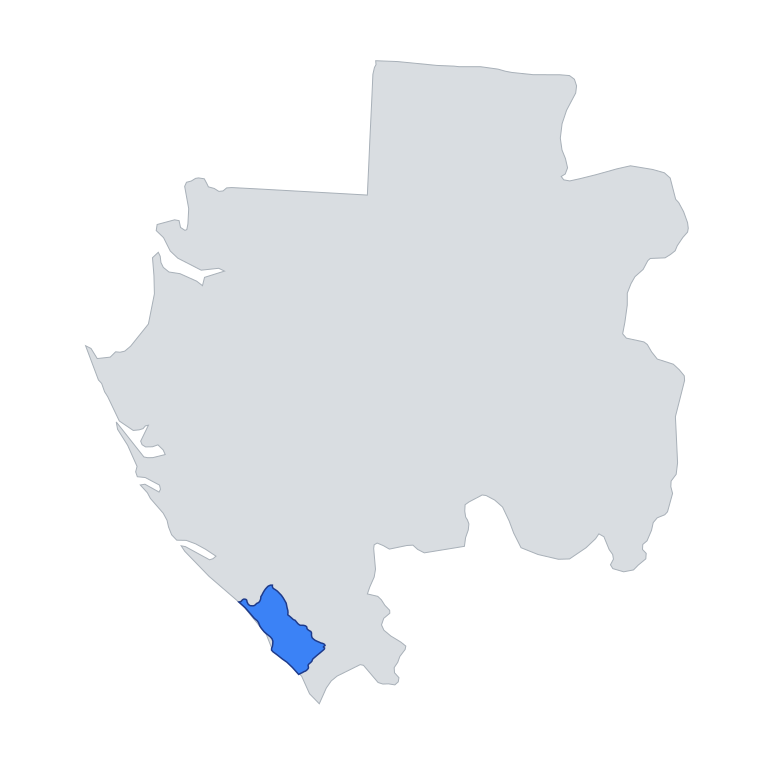 Basse-Banio, Nyanga, Gabon (highlighted), rotated 3°
{"feature_id": "22940354B35468012310479", "entity_name": "Basse-Banio", "entity_type": "district", "adm_level": 2, "iso_a3": "GAB", "parent_name": "Gabon", "parent_adm1": "Nyanga", "projection": "orthographic", "projection_center": [10.764, -3.223], "detail": "fine", "context": "in_parent", "style": "filled", "palette": "blue", "viewbox_px": 768, "rotation_deg": 3, "n_neighbors": 0, "source": "geoboundaries", "source_scale": "gbopen_adm2", "svg_char_len": 5031}
<svg xmlns="http://www.w3.org/2000/svg" viewBox="0 0 768 768"><g transform="rotate(3 384 384)"><path d="M560.7,76.2L560.2,83.4L552.0,101.1L548.2,114.8L547.2,129.3L549.5,141.0L553.4,149.4L556.0,158.5L554.0,164.8L550.1,167.5L552.8,170.7L558.8,171.5L569.0,168.7L584.7,163.9L605.2,157.0L618.7,153.2L641.0,155.7L652.9,158.4L659.0,163.3L665.6,184.3L668.8,187.4L674.2,196.3L678.7,207.0L679.7,212.5L679.2,216.4L674.7,222.1L669.6,230.6L667.8,235.7L663.5,239.5L658.1,243.3L643.3,244.7L641.0,247.0L636.8,256.0L629.0,263.7L625.4,270.9L622.2,280.5L622.8,292.5L621.3,309.8L619.7,321.4L623.6,325.5L641.4,328.4L644.9,330.8L649.6,338.0L655.6,344.8L671.9,349.1L678.2,354.4L683.4,360.1L684.0,364.7L680.3,383.4L676.7,401.4L678.1,415.1L679.4,428.2L681.3,447.3L680.5,458.9L675.8,465.9L675.8,471.5L677.9,478.2L673.8,496.8L671.2,499.9L663.9,503.3L660.1,508.3L658.8,516.1L654.9,526.8L650.8,530.7L650.8,535.7L654.7,539.4L654.6,544.9L647.4,551.5L642.9,556.6L633.2,559.0L622.2,556.4L619.6,552.7L622.3,546.9L621.3,542.3L617.5,537.5L611.6,525.0L606.4,522.4L603.4,527.4L594.4,536.9L578.4,549.0L567.3,549.9L546.7,546.2L529.4,540.3L521.3,526.1L516.2,514.3L508.8,500.6L500.6,494.1L491.7,490.0L487.8,489.7L475.1,497.3L471.3,500.3L471.3,506.7L472.5,512.6L474.5,515.5L476.1,519.3L475.8,525.3L473.5,533.2L472.8,541.9L433.1,550.5L426.2,547.4L421.3,543.4L415.2,544.1L398.0,548.6L391.7,545.4L385.5,543.2L382.6,545.1L382.3,548.8L385.2,569.4L384.3,577.3L380.4,587.5L378.4,594.5L388.9,596.4L392.7,599.7L396.4,604.9L401.5,609.7L401.8,612.6L396.0,618.0L394.1,624.7L396.8,629.9L404.0,635.3L414.4,640.9L419.5,644.6L419.0,648.0L414.1,655.2L412.3,661.2L409.0,666.7L409.6,671.8L414.3,676.5L413.8,680.7L410.6,683.9L404.1,683.2L398.6,683.7L393.7,682.4L378.2,666.0L374.9,665.5L352.5,678.1L346.9,683.2L342.3,690.6L336.1,706.7L325.9,697.3L317.1,680.2L306.9,669.8L285.3,652.8L279.6,640.3L254.9,612.8L219.4,585.3L193.8,561.5L189.9,556.2L194.2,556.8L219.0,568.7L222.4,567.4L225.2,564.7L214.5,558.4L204.3,553.5L194.7,550.5L185.2,550.8L179.8,545.7L176.3,538.0L174.5,531.5L170.3,524.6L156.7,510.5L153.4,505.0L145.9,497.6L150.5,496.6L165.0,503.7L166.3,500.8L165.1,496.7L150.4,489.9L142.5,489.5L140.6,484.7L141.7,479.2L131.2,458.6L120.3,443.2L118.6,435.9L148.0,469.4L151.9,470.0L157.1,469.6L169.2,465.9L166.9,461.4L161.4,456.6L156.1,458.8L149.2,459.3L145.6,457.3L144.0,453.8L150.9,437.5L147.9,438.3L145.7,441.2L141.9,442.6L136.0,443.5L121.6,434.8L108.8,411.2L105.4,406.4L102.0,398.2L98.6,394.9L84.0,361.4L89.6,363.9L96.3,373.6L109.2,371.5L114.3,365.9L118.7,366.1L123.3,364.8L129.0,359.5L145.6,336.4L150.0,306.0L148.6,287.9L146.2,270.0L151.7,264.3L153.8,268.1L154.9,274.4L157.5,279.1L163.4,283.4L174.5,284.5L191.5,291.1L197.6,295.3L199.2,286.9L218.8,279.6L212.9,277.1L195.5,279.9L171.6,269.2L163.6,262.4L156.2,249.4L148.5,242.7L149.1,236.6L166.3,231.0L170.8,231.6L172.6,238.3L177.2,241.0L179.0,240.1L179.8,234.4L179.8,219.1L174.6,197.1L176.2,192.9L180.9,191.4L185.1,188.5L188.0,187.9L193.8,188.5L196.8,193.5L198.3,196.3L204.2,197.6L209.0,200.3L213.2,199.6L216.6,196.4L221.7,195.8L237.3,195.8L251.5,195.8L279.7,195.9L307.9,196.0L336.2,196.1L357.5,196.2L357.4,183.6L357.3,164.3L357.1,141.4L357.0,119.5L356.9,99.2L356.7,75.3L357.9,68.4L359.3,65.5L358.8,61.6L380.6,61.3L420.2,63.1L437.4,62.9L442.3,63.2L463.9,62.1L481.4,63.6L488.8,65.3L495.5,66.2L516.5,67.3L543.8,66.0L553.1,66.3L558.2,69.7L560.7,76.2Z" fill="#d9dde1" stroke="#a8b0b8" stroke-width="1"/><path d="M338.8,648.3L338.3,647.2L337.3,646.6L336.1,646.2L334.5,645.9L333.1,645.3L331.1,644.6L328.7,643.6L327.2,642.6L326.3,641.9L325.5,641.1L325.0,639.9L324.7,638.4L324.7,637.0L324.5,635.9L323.8,634.9L322.7,634.4L321.2,633.6L320.8,633.2L320.1,632.6L319.8,632.0L319.7,631.1L319.4,630.4L318.3,629.7L317.4,629.4L316.0,629.2L312.8,629.3L311.6,628.6L310.5,627.8L307.6,624.6L306.3,624.2L305.4,623.7L304.0,622.5L303.1,621.8L301.7,620.7L300.0,619.5L300.0,618.8L300.1,617.3L299.8,615.2L298.9,612.4L297.8,608.0L296.3,605.6L294.6,603.0L292.6,600.4L288.3,596.4L286.1,595.0L284.4,594.1L283.6,593.3L283.1,592.1L283.1,590.7L281.2,590.8L279.7,591.5L278.6,592.2L277.4,593.6L276.3,595.0L275.3,596.6L274.1,598.9L273.1,601.2L272.2,602.7L272.1,605.0L271.6,606.8L270.9,608.0L270.3,608.7L269.2,609.4L268.3,609.8L267.7,610.5L266.9,611.4L265.7,612.2L264.3,612.4L262.3,612.4L261.5,612.2L260.1,611.2L259.5,610.4L258.6,608.6L258.2,607.0L257.5,606.4L256.3,606.1L255.1,606.2L254.1,606.8L253.3,607.7L252.7,608.6L251.7,609.0L250.4,609.3L250.8,609.6L257.2,614.8L262.4,620.2L266.7,624.8L269.7,627.0L271.2,628.9L272.7,632.2L274.3,634.4L277.3,637.7L280.1,639.9L283.8,642.5L285.6,644.5L286.5,646.7L286.5,649.3L286.3,651.7L285.6,653.8L285.6,655.6L287.1,657.2L291.8,660.3L296.8,663.9L301.6,666.9L307.3,671.8L314.0,678.5L315.1,677.8L316.4,677.1L317.7,676.4L319.0,675.5L320.6,674.8L321.6,674.0L322.7,672.8L323.3,671.8L323.4,670.8L323.1,669.8L322.9,668.8L323.4,667.8L325.6,665.7L326.5,664.6L326.9,663.2L327.5,662.1L329.1,660.6L331.8,658.0L335.2,654.9L337.5,652.7L338.3,651.8L338.5,650.8L337.3,649.9L337.4,649.3L338.8,648.3Z" fill="#3b82f6" stroke="#1e3a8a" stroke-width="1.5"/></g></svg>